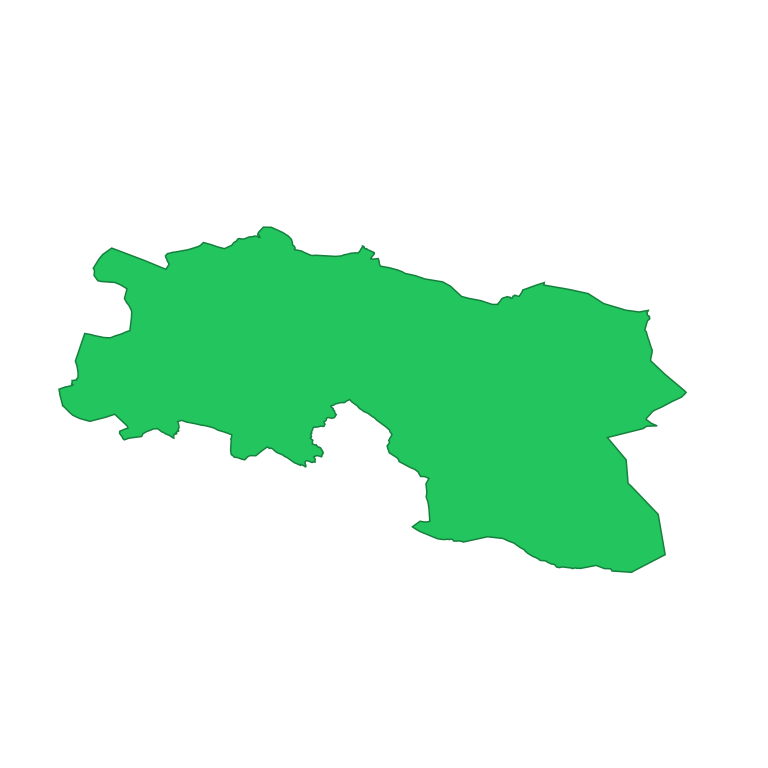 Tokke nor, Telemark, Norway (Robinson projection), rotated 194°
{"feature_id": "86288312B10810953516710", "entity_name": "Tokke nor", "entity_type": "district", "adm_level": 2, "iso_a3": "NOR", "parent_name": "Norway", "parent_adm1": "Telemark", "projection": "robinson", "projection_center": [7.933, 59.464], "detail": "fine", "context": "isolated", "style": "filled", "palette": "green", "viewbox_px": 768, "rotation_deg": 194, "n_neighbors": 0, "source": "geoboundaries", "source_scale": "gbopen_adm2", "svg_char_len": 6163}
<svg xmlns="http://www.w3.org/2000/svg" viewBox="0 0 768 768"><g transform="rotate(194 384 384)"><path d="M546.6,495.3L550.5,494.0L555.1,490.7L557.3,490.4L557.8,490.1L559.2,490.2L560.6,489.7L561.7,487.6L561.5,487.2L563.9,485.0L565.3,481.7L571.6,476.7L579.0,476.8L585.2,477.4L593.5,477.6L595.2,474.8L595.3,474.3L597.6,472.4L600.3,470.7L606.6,466.9L619.0,461.3L621.1,460.6L623.1,459.3L625.6,458.2L627.1,455.4L625.8,453.4L624.7,452.4L624.3,451.2L621.4,448.3L623.4,442.5L646.9,446.0L681.1,450.0L688.2,441.7L690.8,436.2L694.1,425.9L692.9,424.9L692.1,423.0L691.6,419.2L686.6,415.0L682.9,415.1L669.7,417.4L663.7,416.5L656.4,414.2L656.5,404.1L653.5,400.8L650.5,398.5L647.5,395.0L646.3,393.2L645.1,387.3L643.5,374.3L646.4,372.5L651.5,368.6L656.4,365.7L659.5,363.4L661.5,362.4L667.3,361.3L677.9,360.9L679.6,361.1L686.6,360.6L689.0,331.5L686.5,327.7L685.4,325.3L683.6,321.0L682.4,316.1L683.3,315.1L683.2,313.7L684.0,313.5L684.7,312.9L686.3,312.4L686.6,312.0L687.5,312.0L686.9,309.5L687.1,308.7L685.8,308.1L686.7,307.7L686.2,307.2L686.4,306.9L692.4,304.1L698.1,300.3L697.4,298.6L696.8,297.8L696.5,296.5L695.5,294.4L691.1,286.4L690.7,286.2L690.6,285.5L690.7,285.2L688.5,284.2L681.4,279.9L678.4,278.4L670.9,276.9L660.4,276.6L646.0,284.4L638.0,289.5L622.9,281.1L621.8,279.2L623.9,278.0L629.0,274.2L628.7,273.8L628.8,272.4L627.7,271.3L625.3,269.4L624.1,267.8L622.5,267.0L618.2,269.8L606.5,274.4L605.8,277.5L602.6,280.6L600.2,282.1L596.9,284.6L593.9,285.5L593.2,286.0L588.0,283.8L585.8,283.5L584.0,282.8L579.8,282.2L575.7,280.7L574.8,280.7L575.6,282.1L575.4,282.4L575.4,283.1L575.6,284.2L575.2,284.6L573.5,285.2L573.2,285.6L574.0,286.4L573.3,287.2L573.5,287.9L572.0,288.5L571.8,288.9L572.8,290.0L572.3,292.2L573.8,295.8L575.2,297.6L571.5,299.8L566.8,299.3L557.4,299.8L550.8,299.9L547.8,300.3L540.1,300.3L537.6,300.0L533.8,299.0L527.8,298.8L519.4,297.9L519.0,294.9L519.4,293.6L518.6,292.3L516.8,282.6L515.2,278.6L513.0,277.7L511.5,276.7L508.5,277.2L503.5,276.6L500.7,276.8L498.6,280.5L496.7,282.1L491.0,283.4L486.9,288.9L482.1,294.7L480.2,294.2L479.9,293.7L478.9,294.0L478.4,294.5L476.3,294.1L473.1,292.3L470.9,291.5L465.9,290.8L463.9,290.2L463.1,289.7L460.2,289.2L452.2,286.0L445.5,284.9L445.5,285.8L442.1,285.3L440.3,284.6L439.8,284.9L440.1,285.9L441.8,288.9L441.3,290.3L440.8,290.7L439.5,291.0L437.8,290.9L435.1,290.4L434.6,290.5L434.1,291.2L432.2,291.4L432.0,291.5L432.7,294.7L434.0,295.7L434.5,296.5L431.6,298.4L427.0,298.3L426.8,298.7L427.1,299.7L426.3,301.8L426.7,302.2L426.5,302.7L426.8,303.4L430.0,306.6L431.1,307.0L432.0,306.7L433.8,307.5L435.1,308.6L435.6,308.2L439.1,308.5L439.2,309.7L439.6,311.0L439.4,312.2L441.3,313.0L442.4,313.8L441.6,315.1L442.0,316.3L443.1,317.4L443.0,317.9L442.2,318.6L442.2,319.0L442.6,319.4L442.7,320.1L442.6,321.3L442.3,321.9L442.3,323.8L441.8,324.9L441.5,325.1L437.8,326.3L435.3,327.8L432.7,328.1L432.0,328.4L431.5,330.8L432.8,331.9L433.0,332.7L431.5,334.4L431.4,335.2L431.6,336.1L430.7,337.7L429.7,338.0L426.5,338.1L424.7,338.9L423.9,339.6L422.9,342.8L424.4,343.7L425.5,345.9L426.8,346.4L427.4,346.9L427.1,347.4L427.4,347.9L430.1,349.2L430.2,349.8L429.7,350.3L427.6,351.4L426.6,352.8L424.1,354.0L422.4,355.1L417.9,356.4L416.9,357.4L416.7,358.0L413.6,360.6L410.8,358.8L404.6,356.3L402.3,354.6L401.2,354.1L399.0,353.4L397.1,352.4L395.5,352.3L392.3,351.6L386.6,349.2L385.4,349.1L382.5,347.3L371.4,342.7L367.5,340.6L366.4,338.9L364.0,336.8L365.8,330.4L364.4,328.5L366.0,324.6L365.0,322.8L362.2,318.5L353.6,315.6L351.6,314.2L350.6,312.4L338.1,309.3L333.4,308.6L329.4,306.8L328.7,305.8L326.1,303.1L322.2,304.0L317.6,303.3L319.1,297.3L316.1,288.9L315.8,284.7L312.6,279.8L310.1,273.7L306.7,262.9L306.3,262.0L308.8,260.5L312.2,259.8L315.8,259.6L321.9,252.3L319.3,251.3L313.2,249.5L294.6,246.8L289.4,247.3L286.6,248.0L285.5,248.6L282.6,248.9L282.1,249.7L280.7,249.8L279.2,249.3L278.5,248.5L275.1,249.2L274.6,249.6L273.5,249.9L270.8,250.1L268.7,249.9L246.7,260.8L231.3,262.9L224.7,261.7L219.6,261.1L212.1,258.2L208.0,257.2L206.5,256.0L203.6,254.5L197.5,252.6L195.3,252.4L192.1,251.7L190.4,250.8L189.1,250.7L184.6,251.5L181.5,250.4L180.1,250.4L178.6,249.8L175.9,250.1L174.2,249.8L172.9,248.5L171.9,248.1L169.2,248.3L166.9,249.6L157.6,250.8L157.1,250.4L155.9,250.8L153.7,251.9L152.1,251.8L151.2,252.2L148.7,252.6L134.3,259.3L125.3,258.2L119.4,259.6L117.5,257.7L98.2,261.2L95.4,263.9L69.9,286.4L86.4,323.8L119.8,344.9L123.1,346.6L130.7,369.0L154.3,386.1L121.8,403.4L118.9,406.6L108.8,409.5L115.0,410.5L121.1,413.1L120.9,414.7L118.8,418.2L116.9,422.1L115.1,424.0L109.0,428.8L100.2,436.7L92.2,443.2L89.7,447.1L88.8,449.0L91.2,450.4L113.6,461.3L131.0,471.1L131.3,473.0L131.5,479.2L132.0,481.9L133.6,484.0L137.8,490.9L138.6,491.9L142.3,498.3L144.0,499.4L143.7,508.9L141.9,511.6L142.8,512.6L142.8,512.9L142.5,513.3L142.9,513.9L143.6,513.9L144.6,514.4L145.3,515.1L145.6,516.0L146.2,516.5L145.4,518.6L145.3,519.4L153.8,515.6L167.4,514.1L190.4,515.2L207.7,521.1L226.1,520.6L252.9,518.7L253.0,521.2L260.1,516.8L272.2,508.7L272.2,507.2L274.0,501.8L276.6,501.6L278.5,501.9L279.1,501.0L280.0,500.5L279.9,499.9L280.4,499.2L280.4,498.4L280.8,498.4L281.6,497.9L282.1,498.0L282.4,498.6L285.9,498.5L286.2,497.9L288.6,496.8L290.3,495.3L291.4,492.3L293.0,489.1L292.8,488.8L298.3,487.4L310.2,488.3L322.9,487.6L329.9,487.7L343.2,495.0L351.8,497.3L369.8,495.8L379.7,496.7L390.5,496.4L392.9,497.2L398.0,497.9L407.0,498.1L416.0,497.5L417.2,498.9L419.0,503.0L420.0,504.3L425.1,502.4L427.2,502.4L426.6,504.3L424.9,507.9L425.0,508.4L425.4,508.5L425.4,509.1L426.1,509.1L426.5,509.5L427.3,509.3L428.0,509.7L428.8,509.7L429.9,510.1L432.0,510.2L433.7,511.1L434.8,510.7L436.0,511.3L436.3,511.6L436.1,511.7L436.3,512.1L437.6,512.8L438.3,512.7L438.0,512.1L439.1,509.0L439.3,507.9L440.8,504.8L443.3,504.4L448.2,502.7L450.6,501.2L454.0,499.7L456.3,498.0L461.9,496.1L481.4,492.4L484.5,491.4L486.1,491.2L493.0,492.3L496.2,493.1L503.3,492.8L503.6,493.3L503.1,494.2L503.4,494.9L504.7,496.2L506.3,496.7L507.0,498.9L508.8,501.9L512.6,504.4L518.6,506.4L531.1,508.8L539.0,507.0L542.5,500.7L542.7,498.7L542.7,498.3L541.6,498.3L541.6,498.1L540.6,497.4L539.9,496.1L541.3,496.0L542.0,496.5L542.6,496.6L545.2,496.3L546.2,495.9L546.6,495.3Z" fill="#22c55e" stroke="#15803d" stroke-width="1.5"/></g></svg>